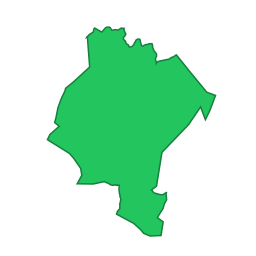 San Agustín Atenango, Oaxaca, Mexico (Albers equal-area conic projection), rotated 26°
{"feature_id": "50627088B1343071024100", "entity_name": "San Agustín Atenango", "entity_type": "district", "adm_level": 2, "iso_a3": "MEX", "parent_name": "Mexico", "parent_adm1": "Oaxaca", "projection": "albers", "projection_center": [-97.996, 17.585], "detail": "fine", "context": "isolated", "style": "filled", "palette": "green", "viewbox_px": 256, "rotation_deg": 26, "n_neighbors": 0, "source": "geoboundaries", "source_scale": "gbopen_adm2", "svg_char_len": 2628}
<svg xmlns="http://www.w3.org/2000/svg" viewBox="0 0 256 256"><g transform="rotate(26 128 128)"><path d="M193.9,86.3L193.9,76.1L192.4,60.4L183.1,61.3L157.7,49.7L146.3,44.3L140.3,41.5L140.2,41.5L139.5,41.1L138.7,42.0L138.0,43.6L136.9,44.8L135.7,46.1L134.9,47.9L126.7,54.3L126.0,55.0L125.1,56.3L125.0,56.9L125.0,57.3L124.7,56.8L124.2,55.9L123.2,55.0L122.5,54.1L122.2,53.2L122.1,52.5L122.3,51.2L121.3,49.1L120.3,48.5L118.6,47.6L117.4,47.2L116.4,46.0L115.6,45.6L114.9,44.8L114.5,44.0L114.2,43.5L114.0,43.2L113.7,42.9L112.9,41.8L111.9,42.0L111.2,42.3L110.7,42.7L110.2,42.9L109.7,43.4L109.2,44.2L108.6,44.5L108.0,44.8L107.5,45.1L107.0,45.8L106.1,46.7L105.9,47.5L105.0,48.1L104.0,47.9L103.5,47.2L102.8,46.7L102.3,46.1L101.7,45.6L101.4,45.1L101.1,44.6L100.8,44.0L100.2,43.4L99.6,43.1L98.9,43.2L98.3,43.5L97.5,44.1L96.6,45.7L96.8,47.1L96.5,48.4L96.7,49.1L96.5,50.0L96.4,50.8L96.4,51.2L96.1,52.3L95.9,52.9L94.9,53.9L94.5,54.3L94.1,54.4L93.7,54.5L93.0,54.4L92.7,53.8L91.9,53.2L89.6,52.9L88.5,52.1L87.9,51.3L87.1,50.9L85.3,50.3L84.9,50.0L84.4,48.8L84.4,47.8L84.8,47.0L84.9,46.6L84.9,45.4L85.0,45.0L84.7,44.5L84.4,44.0L83.8,43.6L83.3,43.4L82.6,42.7L81.4,41.3L80.5,41.0L80.7,40.2L78.1,41.2L76.5,43.8L76.2,44.3L73.2,45.3L71.5,46.7L70.5,47.1L67.9,45.6L66.9,45.5L64.7,46.7L63.9,47.8L62.3,53.3L56.2,52.9L54.2,52.8L53.9,53.6L54.7,57.0L52.2,61.1L51.7,63.1L51.3,63.4L51.2,64.5L51.6,64.0L66.8,90.0L58.6,110.9L54.5,119.6L55.1,122.4L55.1,129.5L55.2,130.9L55.3,132.6L56.2,140.7L58.7,150.2L59.7,155.3L65.4,156.6L60.7,167.9L60.7,168.3L60.7,173.8L65.0,174.3L69.0,174.7L79.4,175.8L81.3,176.0L81.6,176.0L86.7,176.6L92.8,179.2L103.2,185.1L107.2,190.7L107.2,191.0L106.8,200.4L116.2,196.0L121.4,193.5L130.3,186.5L132.0,186.7L133.1,186.4L135.9,186.4L136.7,186.8L137.7,186.5L138.8,186.4L139.4,186.1L139.7,186.1L141.1,184.9L141.8,184.8L142.1,184.6L142.7,184.6L143.1,184.1L143.7,184.2L144.2,183.6L144.8,183.3L145.5,183.5L145.9,185.0L146.6,186.7L148.9,190.5L149.7,191.2L150.5,192.4L150.8,193.1L152.6,194.9L152.8,195.3L153.8,198.9L153.8,199.9L154.2,200.5L154.8,201.0L154.9,202.0L155.1,202.5L155.8,203.6L156.1,204.0L155.7,205.0L155.4,205.9L155.1,207.6L155.3,209.6L155.5,210.5L174.8,211.2L183.8,213.8L188.2,215.8L195.2,215.4L204.8,210.2L201.3,198.7L200.8,197.0L193.7,195.7L194.0,192.1L194.8,185.1L194.5,183.2L194.2,181.7L193.9,180.4L194.0,179.3L194.2,175.6L191.0,170.3L190.9,168.8L190.9,168.7L190.2,170.0L188.6,172.6L187.0,173.4L185.9,173.8L184.5,174.1L182.7,174.4L181.0,174.7L180.1,174.9L179.3,174.8L178.1,174.1L176.5,173.4L176.3,173.4L179.1,167.8L169.2,135.0L181.0,98.3L184.0,77.2L193.9,86.6L193.9,86.3Z" fill="#22c55e" stroke="#15803d" stroke-width="1.5"/></g></svg>